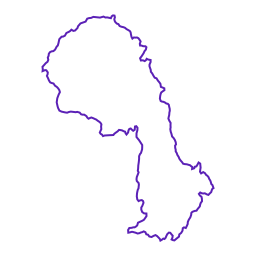 Guaratinguetá, São Paulo, Brazil
{"feature_id": "56859067B12081064634650", "entity_name": "Guaratinguetá", "entity_type": "district", "adm_level": 2, "iso_a3": "BRA", "parent_name": "Brazil", "parent_adm1": "São Paulo", "projection": "equal_earth", "projection_center": [-45.213, -22.813], "detail": "fine", "context": "isolated", "style": "outline", "palette": "violet", "viewbox_px": 256, "rotation_deg": 0, "n_neighbors": 0, "source": "geoboundaries", "source_scale": "gbopen_adm2", "svg_char_len": 4541}
<svg xmlns="http://www.w3.org/2000/svg" viewBox="0 0 256 256"><path d="M59.3,39.2L58.5,43.0L57.8,45.5L56.7,46.6L55.1,49.6L53.4,51.1L51.5,51.4L49.9,52.2L48.8,53.9L48.6,55.8L47.8,57.6L48.3,59.8L47.5,61.8L45.7,63.2L44.5,64.6L42.5,66.8L42.8,69.5L42.6,71.1L45.1,70.1L46.3,70.3L47.8,72.4L47.6,74.2L46.9,75.9L48.1,78.3L48.9,80.3L50.1,82.3L51.3,82.9L53.5,83.5L55.0,85.7L56.8,86.9L58.2,88.4L59.3,90.1L59.9,92.1L58.7,94.5L57.3,98.2L56.7,102.3L57.2,104.6L57.6,106.4L58.1,108.0L59.4,110.6L61.5,111.6L63.3,112.0L65.1,112.4L67.1,112.7L68.9,112.0L70.8,111.6L75.7,112.2L77.2,111.9L79.7,112.6L81.1,114.3L82.7,114.7L84.3,114.7L86.4,116.1L87.3,117.6L88.5,118.7L90.0,118.0L91.3,117.5L93.0,118.1L94.9,119.0L96.3,119.6L97.5,120.6L98.9,121.5L100.3,122.6L101.4,124.3L101.1,126.5L101.3,129.2L100.5,130.9L99.8,132.6L100.7,133.9L102.0,134.6L103.0,136.1L104.6,135.5L107.8,135.3L109.6,135.2L111.8,135.1L113.4,135.0L114.3,133.8L115.7,132.7L117.7,131.3L119.0,129.9L120.6,130.1L122.1,130.4L123.6,131.2L125.1,131.7L125.6,133.3L126.5,134.5L128.1,132.5L128.5,130.4L129.4,128.9L130.7,128.5L132.0,129.8L133.2,130.8L134.7,129.8L135.0,126.5L136.3,126.2L137.5,127.8L137.4,130.1L137.0,131.6L136.5,133.3L136.5,135.0L136.5,137.0L137.6,138.4L139.0,140.1L142.2,145.0L142.2,147.0L142.1,149.3L141.0,152.9L140.0,154.1L139.1,156.2L139.1,158.8L138.9,161.0L138.7,162.7L138.3,165.4L138.1,168.8L137.8,170.8L138.6,172.3L137.8,174.5L136.8,177.0L136.5,179.2L136.8,181.0L138.6,183.0L138.9,184.7L138.7,186.3L138.5,188.4L137.8,189.7L137.3,191.8L137.0,193.5L136.8,196.4L137.3,199.4L138.6,201.1L140.0,200.4L141.8,200.1L143.1,201.1L143.5,202.8L142.2,206.1L141.3,207.5L141.3,209.7L142.2,212.0L144.1,213.4L146.4,213.5L146.5,216.1L145.0,218.3L143.9,219.8L142.4,220.7L140.2,221.7L138.0,222.7L137.2,225.4L136.0,226.5L134.7,227.3L133.4,227.3L131.7,227.8L129.3,228.0L128.1,230.0L128.3,232.7L129.9,232.4L131.5,231.9L132.7,231.9L134.1,232.3L135.6,232.7L137.6,233.5L139.3,233.2L140.8,232.5L142.4,232.1L143.7,231.4L145.4,232.2L146.3,234.3L148.0,234.7L149.3,236.5L151.6,237.0L153.5,235.9L155.5,235.1L157.0,236.0L158.4,237.4L159.8,238.9L160.4,240.6L161.8,239.8L163.3,238.6L164.5,239.0L165.6,237.8L166.3,236.1L167.3,234.1L168.9,232.6L170.3,232.8L171.2,234.0L172.7,235.7L172.4,237.8L171.6,239.5L172.8,240.1L174.4,240.4L176.9,238.3L179.0,236.6L179.3,234.4L181.2,232.9L182.5,230.7L182.8,228.2L184.0,227.4L185.8,228.0L186.7,226.2L187.7,224.0L187.8,222.0L188.8,219.7L190.3,217.4L191.2,214.8L191.3,213.0L192.3,211.9L193.7,211.3L194.9,210.9L196.5,210.7L197.7,208.9L198.9,207.5L199.8,206.4L200.1,204.8L200.7,203.0L202.0,201.2L201.9,198.7L201.5,196.8L199.9,195.5L198.9,193.9L200.2,192.5L201.8,193.3L203.3,193.5L204.8,193.3L207.1,194.5L208.4,194.9L209.7,193.5L211.2,192.1L211.8,190.1L212.4,188.8L213.5,188.1L213.0,186.6L212.4,185.0L211.3,184.0L210.8,182.0L210.2,180.4L209.3,179.1L208.5,177.1L207.3,175.7L206.1,174.9L205.0,173.2L203.2,172.1L201.1,173.4L200.0,171.7L200.3,169.5L200.6,167.6L200.4,165.6L200.2,163.6L198.6,162.5L197.6,164.4L196.4,166.4L194.9,166.7L194.2,168.3L192.1,169.0L192.3,167.0L191.0,166.1L190.0,165.2L188.5,164.8L186.9,164.3L184.7,164.1L183.1,163.7L182.2,162.3L180.7,160.6L179.4,158.8L178.6,156.8L177.4,155.0L176.7,153.0L175.7,151.4L175.7,149.7L175.2,147.9L175.1,145.6L176.0,144.4L175.7,142.2L174.8,139.9L173.5,137.9L172.1,136.5L171.5,134.0L170.7,131.6L170.3,129.1L170.6,127.5L170.5,125.1L170.6,122.9L169.4,120.9L168.4,118.6L168.7,117.0L169.2,115.1L169.4,112.4L169.8,110.8L169.7,108.8L169.2,106.8L168.8,104.8L167.8,103.8L166.3,103.5L164.8,102.4L163.4,101.8L162.0,101.6L160.7,101.0L159.9,98.7L160.2,95.9L160.6,94.1L161.2,92.5L162.9,91.2L164.4,90.2L164.3,88.3L162.7,87.6L160.9,86.9L160.4,83.8L159.1,82.0L157.9,80.6L156.5,78.3L154.7,77.7L153.5,75.8L152.2,73.4L150.9,71.8L150.7,69.8L150.1,68.1L149.5,66.3L149.5,64.6L150.6,62.0L150.6,60.0L148.0,59.5L146.7,58.8L145.9,60.2L144.7,61.1L142.9,60.3L140.9,60.5L140.1,58.2L141.5,56.4L142.5,54.9L143.6,53.2L144.5,51.2L145.9,49.5L146.4,47.2L145.5,46.3L143.1,46.2L141.4,45.5L140.1,45.5L139.8,43.8L140.6,41.4L139.3,39.4L138.4,38.2L137.0,37.5L135.5,37.6L133.8,37.5L132.4,38.6L131.5,36.9L131.0,34.6L130.6,32.3L129.9,31.1L128.5,30.2L126.5,29.1L125.0,27.8L123.5,27.2L121.3,26.7L119.6,26.0L118.4,24.1L117.0,23.7L115.4,22.2L114.7,20.9L114.3,19.2L114.9,17.3L114.5,15.6L113.0,15.4L111.7,16.3L110.9,18.2L107.2,17.4L105.4,17.5L103.5,16.6L100.0,17.6L93.3,16.9L91.1,17.9L89.0,18.1L87.2,18.7L85.6,21.6L80.5,23.4L78.0,26.3L77.5,28.0L75.1,30.5L73.4,30.9L71.4,29.7L70.3,30.9L69.1,31.7L66.4,33.0L64.9,35.7L63.0,36.6L61.6,36.7L59.3,39.2Z" fill="none" stroke="#5b21b6" stroke-width="2"/></svg>